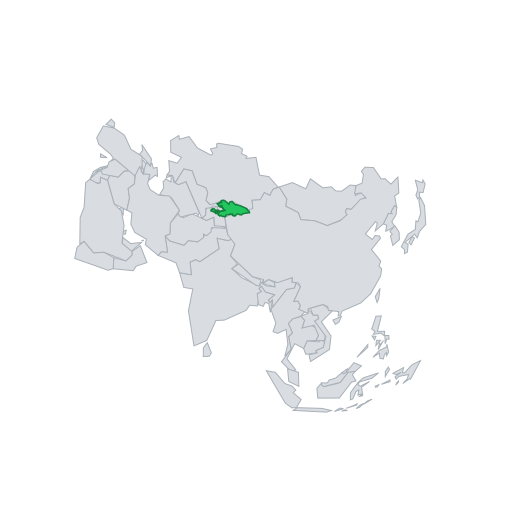 Kyrgyzstan on a map of Asia (orthographic projection), rotated 21°
{"feature_id": "KGZ", "entity_name": "Kyrgyzstan", "entity_type": "country or territory", "adm_level": 0, "iso_a3": "KGZ", "parent_name": "Asia", "parent_adm1": "", "projection": "orthographic", "projection_center": [73.132, 41.224], "detail": "fine", "context": "in_parent", "style": "filled", "palette": "green", "viewbox_px": 512, "rotation_deg": 21, "n_neighbors": 45, "source": "natural_earth", "source_scale": "50m", "svg_char_len": 16855}
<svg xmlns="http://www.w3.org/2000/svg" viewBox="0 0 512 512"><g transform="rotate(21 256 256)"><path d="M251.9,183.8L247.9,187.8L247.2,194.5L241.1,193.8L239.9,201.9L232.4,205.4L236.0,212.8L234.3,216.7L214.4,213.4L212.1,217.0L204.6,216.0L195.7,224.8L189.4,222.1L188.1,213.9L184.5,210.3L175.2,210.2L165.8,199.4L157.5,200.6L154.3,216.7L149.3,211.0L143.9,212.1L144.9,207.8L140.4,198.2L149.2,197.5L151.0,190.6L139.2,189.6L134.9,178.9L140.8,171.2L142.6,174.5L150.7,168.5L162.5,176.1L177.9,178.0L179.0,176.0L175.1,172.4L180.5,168.7L179.1,165.5L180.5,164.2L200.6,160.0L205.2,161.1L205.8,165.6L211.9,166.1L211.7,168.5L220.6,163.9L230.3,179.2L239.5,177.3L251.9,183.8Z" fill="#d9dde1" stroke="#a8b0b8" stroke-width="1"/><path d="M154.3,216.7L157.5,200.6L165.8,199.4L175.2,210.2L184.5,210.3L188.1,213.9L189.4,222.1L194.5,224.7L203.8,217.9L201.9,221.2L210.7,224.3L206.3,227.4L202.3,227.0L202.6,223.7L198.1,224.6L195.1,229.8L192.3,229.4L194.3,235.9L192.1,240.3L164.0,211.9L158.0,217.3L154.3,216.7Z" fill="#d9dde1" stroke="#a8b0b8" stroke-width="1"/><path d="M447.1,294.7L444.4,315.6L443.4,315.4L438.8,322.4L441.3,316.2L440.8,312.0L432.7,317.1L431.0,320.7L429.1,319.0L433.0,312.7L429.7,316.4L425.9,316.5L433.8,307.2L434.5,312.6L436.5,311.9L440.8,301.3L447.1,294.7ZM409.2,355.0L407.0,360.0L404.2,362.5L406.2,358.5L409.2,355.0ZM432.7,326.5L432.8,324.3L433.9,321.1L434.1,323.0L432.7,326.5ZM390.1,328.0L388.5,332.3L394.1,336.8L390.4,339.6L384.6,358.8L364.6,366.5L360.3,357.7L362.7,351.0L365.9,353.7L377.2,346.1L379.9,343.8L383.6,331.5L390.1,328.0ZM419.0,330.9L425.5,323.7L426.2,325.3L419.0,330.9ZM416.3,334.6L414.5,335.7L414.0,334.7L416.7,332.2L416.3,334.6ZM419.3,312.3L421.3,314.0L419.9,322.2L418.1,317.5L419.3,312.3ZM399.8,331.3L412.3,321.2L408.0,328.7L397.7,336.5L397.3,339.3L399.9,340.3L407.0,332.4L401.6,340.7L405.7,348.1L403.0,350.0L404.7,346.3L401.0,349.4L399.9,344.2L397.9,346.7L397.6,354.7L395.6,356.5L393.2,349.5L396.6,337.5L399.8,331.3ZM396.7,367.5L391.5,370.1L394.4,367.6L396.7,367.5ZM394.7,365.9L401.1,360.3L403.8,357.2L403.1,359.3L394.7,365.9ZM388.9,367.9L392.4,367.2L384.8,373.1L388.9,367.9ZM348.9,382.8L372.0,374.7L381.7,373.2L377.8,376.5L346.1,386.8L348.9,382.8ZM339.7,370.3L349.6,373.8L348.0,383.1L343.9,384.9L336.1,382.9L306.7,359.4L315.7,357.7L328.7,364.7L336.0,364.5L341.2,366.9L339.7,370.3Z" fill="#d9dde1" stroke="#a8b0b8" stroke-width="1"/><path d="M409.2,356.3L412.0,351.4L415.7,348.0L409.2,356.3Z" fill="#d9dde1" stroke="#a8b0b8" stroke-width="1"/><path d="M81.6,229.2L77.0,233.6L73.5,243.2L74.0,235.2L79.2,228.9L81.6,229.2Z" fill="#d9dde1" stroke="#a8b0b8" stroke-width="1"/><path d="M85.3,226.6L79.3,228.9L85.4,224.7L85.3,226.6Z" fill="#d9dde1" stroke="#a8b0b8" stroke-width="1"/><path d="M79.5,232.4L76.1,235.7L78.6,231.3L79.5,232.4Z" fill="#d9dde1" stroke="#a8b0b8" stroke-width="1"/><path d="M79.5,232.4L90.7,233.0L90.3,238.6L82.6,238.2L84.4,243.7L76.6,246.2L73.5,243.2L79.5,232.4Z" fill="#d9dde1" stroke="#a8b0b8" stroke-width="1"/><path d="M125.4,286.5L134.6,289.3L144.2,284.4L137.6,296.9L126.2,292.1L125.4,286.5Z" fill="#d9dde1" stroke="#a8b0b8" stroke-width="1"/><path d="M122.9,283.6L123.2,280.5L125.6,278.4L126.2,282.4L122.9,283.6Z" fill="#d9dde1" stroke="#a8b0b8" stroke-width="1"/><path d="M114.7,257.6L117.2,265.1L111.2,260.8L114.7,257.6Z" fill="#d9dde1" stroke="#a8b0b8" stroke-width="1"/><path d="M90.3,238.6L90.7,233.0L99.0,231.7L102.5,223.9L108.4,221.4L114.3,224.6L116.6,232.4L112.5,238.9L117.2,247.4L119.0,259.5L104.9,258.2L90.3,238.6Z" fill="#d9dde1" stroke="#a8b0b8" stroke-width="1"/><path d="M138.5,296.2L144.3,287.8L156.5,301.2L147.7,308.5L146.7,313.7L127.2,319.1L123.9,308.5L136.3,307.2L139.9,299.5L138.5,296.2ZM145.4,282.0L143.6,282.8L145.0,281.6L145.4,282.0Z" fill="#d9dde1" stroke="#a8b0b8" stroke-width="1"/><path d="M333.6,325.3L334.1,316.9L345.5,313.7L346.8,310.3L351.4,312.5L351.6,317.3L345.9,322.9L347.8,324.5L337.7,329.9L333.6,325.3Z" fill="#d9dde1" stroke="#a8b0b8" stroke-width="1"/><path d="M342.3,313.4L334.1,316.9L333.6,325.3L323.5,324.0L321.7,340.9L334.0,348.1L330.2,351.4L317.7,345.6L322.2,330.5L315.3,319.7L317.5,314.7L310.3,307.4L312.9,301.3L319.4,296.2L324.4,298.5L324.9,306.6L332.3,300.6L338.5,301.9L342.9,307.9L342.3,313.4Z" fill="#d9dde1" stroke="#a8b0b8" stroke-width="1"/><path d="M350.2,310.4L342.3,313.4L342.9,307.9L335.1,299.8L324.9,306.6L324.4,298.5L319.4,296.2L325.1,290.9L323.6,286.5L330.5,290.7L334.9,289.0L337.0,292.0L334.2,295.8L348.8,303.9L350.2,310.4Z" fill="#d9dde1" stroke="#a8b0b8" stroke-width="1"/><path d="M319.4,296.2L312.9,301.3L310.3,307.4L317.5,314.7L315.3,319.7L322.2,330.5L318.8,339.2L317.4,327.1L310.4,313.7L303.9,320.5L299.0,320.5L298.6,311.6L288.9,300.2L296.4,276.3L303.3,272.1L303.0,266.9L308.6,268.6L307.6,284.9L311.3,283.0L315.4,286.6L315.0,290.3L322.2,289.0L319.4,296.2Z" fill="#d9dde1" stroke="#a8b0b8" stroke-width="1"/><path d="M340.9,329.2L347.8,324.5L345.9,322.9L351.6,317.3L350.2,306.2L334.2,295.8L337.0,292.0L334.9,289.0L330.5,290.7L325.4,285.2L335.8,277.3L346.8,280.4L340.6,294.0L354.7,303.8L358.1,317.0L344.7,335.0L340.9,329.2Z" fill="#d9dde1" stroke="#a8b0b8" stroke-width="1"/><path d="M369.9,160.0L372.0,167.1L370.5,175.2L375.0,179.0L368.3,186.4L366.9,180.4L363.3,180.4L363.6,176.6L364.3,168.8L367.7,167.7L366.1,166.1L367.3,159.1L369.9,160.0Z" fill="#d9dde1" stroke="#a8b0b8" stroke-width="1"/><path d="M372.2,185.1L374.7,177.9L381.0,182.4L384.0,189.4L379.9,197.1L374.3,189.0L375.5,187.0L372.2,185.1Z" fill="#d9dde1" stroke="#a8b0b8" stroke-width="1"/><path d="M252.9,183.3L263.7,174.4L278.4,175.4L279.1,164.5L294.1,168.4L301.6,164.4L307.2,166.7L312.7,164.8L318.5,156.0L324.2,154.4L327.1,163.9L331.4,159.4L337.4,160.9L328.1,178.4L323.7,179.3L323.6,182.6L326.2,184.8L324.2,190.2L311.6,202.1L298.2,202.1L284.8,206.0L279.9,200.3L265.8,198.9L264.4,192.0L252.9,183.3Z" fill="#d9dde1" stroke="#a8b0b8" stroke-width="1"/><path d="M303.0,266.9L303.3,272.1L296.4,276.3L290.0,297.6L287.1,291.4L285.8,294.5L283.3,292.8L287.2,285.6L277.6,286.3L271.7,282.3L270.7,285.5L273.8,287.2L270.8,290.9L273.4,291.6L275.3,302.1L267.7,304.3L266.3,310.2L249.4,327.2L241.7,330.6L240.3,352.5L230.3,362.1L212.6,331.5L208.8,309.4L199.8,311.2L190.7,299.0L202.4,296.6L196.6,285.3L201.0,281.0L205.6,281.4L218.9,262.3L213.2,253.4L224.6,251.6L228.0,247.7L232.1,252.6L232.2,265.0L241.5,270.1L238.0,276.5L250.9,281.5L269.8,282.8L271.5,275.2L272.4,279.4L276.1,280.3L284.7,278.0L282.8,274.3L297.7,263.1L299.0,267.4L303.0,266.9Z" fill="#d9dde1" stroke="#a8b0b8" stroke-width="1"/><path d="M287.1,291.4L289.6,303.5L284.8,295.7L281.1,296.2L280.7,300.5L275.7,300.5L270.8,290.9L273.8,287.2L270.7,285.5L271.7,282.3L277.6,286.3L287.2,285.6L283.3,292.8L285.8,294.5L287.1,291.4Z" fill="#d9dde1" stroke="#a8b0b8" stroke-width="1"/><path d="M282.8,274.3L284.7,278.0L272.4,279.4L276.2,273.4L282.8,274.3Z" fill="#d9dde1" stroke="#a8b0b8" stroke-width="1"/><path d="M269.3,276.5L269.8,282.8L266.6,283.4L238.0,276.5L243.0,269.0L260.3,276.6L269.3,276.5Z" fill="#d9dde1" stroke="#a8b0b8" stroke-width="1"/><path d="M228.0,247.7L224.6,251.6L213.2,253.4L218.9,262.3L205.6,281.4L201.0,281.0L196.6,285.3L202.4,296.6L190.7,299.0L183.8,291.1L164.3,290.5L166.2,285.8L172.1,284.2L163.9,269.8L170.1,272.8L184.8,271.8L187.4,265.8L196.5,263.7L206.3,243.6L218.1,240.8L222.0,246.2L228.0,247.7Z" fill="#d9dde1" stroke="#a8b0b8" stroke-width="1"/><path d="M181.2,239.5L197.0,240.5L202.8,234.8L206.3,242.6L211.4,239.3L218.1,240.8L204.2,245.5L205.4,249.6L202.6,254.7L199.1,254.5L200.5,257.4L196.5,263.7L187.4,265.8L184.8,271.8L170.1,272.8L163.9,269.8L167.7,266.3L164.2,255.9L168.1,244.5L174.3,246.4L181.2,239.5Z" fill="#d9dde1" stroke="#a8b0b8" stroke-width="1"/><path d="M192.1,240.3L194.3,235.9L192.3,229.4L202.6,223.7L203.7,227.0L198.3,230.0L212.8,230.7L217.5,239.5L206.3,242.6L202.8,234.8L197.0,240.5L192.1,240.3Z" fill="#d9dde1" stroke="#a8b0b8" stroke-width="1"/><path d="M143.9,212.1L149.3,211.0L152.7,216.5L158.0,217.3L164.0,211.9L187.8,236.3L187.6,239.0L184.9,237.4L171.5,246.7L168.1,244.5L168.2,240.8L156.2,231.9L144.0,233.1L145.5,225.5L142.7,219.9L144.2,216.4L150.1,217.4L148.0,211.6L144.2,215.2L143.9,212.1Z" fill="#d9dde1" stroke="#a8b0b8" stroke-width="1"/><path d="M119.0,259.5L117.2,247.4L112.5,238.9L116.6,232.4L113.7,220.6L115.3,214.4L120.6,219.4L127.6,217.8L128.9,227.4L133.5,232.0L143.5,234.1L153.9,231.0L168.2,240.8L164.2,255.9L167.7,266.3L163.9,269.8L172.1,284.2L166.2,285.8L164.3,290.5L148.6,285.1L147.6,279.6L134.4,277.5L127.8,271.2L124.6,260.1L119.0,259.5Z" fill="#d9dde1" stroke="#a8b0b8" stroke-width="1"/><path d="M80.5,231.4L85.3,226.6L85.1,220.6L89.7,216.0L106.9,221.6L102.5,223.9L99.0,231.7L83.2,234.6L80.5,231.4Z" fill="#d9dde1" stroke="#a8b0b8" stroke-width="1"/><path d="M121.7,219.7L115.1,210.4L116.1,206.8L121.5,210.1L121.7,219.7Z" fill="#d9dde1" stroke="#a8b0b8" stroke-width="1"/><path d="M114.3,224.6L89.7,216.0L86.4,219.3L87.8,215.9L83.9,213.2L69.2,208.1L64.9,202.7L66.9,189.3L77.8,187.4L90.0,190.4L100.9,201.2L114.0,203.7L117.7,213.9L115.3,214.4L114.3,224.6ZM71.8,180.1L76.5,182.4L77.4,186.7L68.8,186.9L71.8,180.1Z" fill="#d9dde1" stroke="#a8b0b8" stroke-width="1"/><path d="M249.0,362.4L248.4,366.3L242.8,368.7L239.8,360.7L241.6,354.4L249.0,362.4Z" fill="#d9dde1" stroke="#a8b0b8" stroke-width="1"/><path d="M354.6,291.4L350.7,288.2L357.4,281.8L357.1,288.1L354.6,291.4ZM212.8,230.7L236.0,212.8L232.4,205.4L239.9,201.9L241.1,193.8L247.2,194.5L247.9,187.8L252.9,183.3L264.4,192.0L265.8,198.9L279.9,200.3L284.8,206.0L298.2,202.1L311.6,202.1L321.8,193.1L326.2,184.8L323.6,182.6L323.7,179.3L328.1,178.4L333.2,165.6L338.0,162.4L331.4,159.4L325.7,162.7L324.2,154.4L328.9,150.0L327.1,141.4L324.0,139.2L325.9,134.1L333.9,131.3L345.2,139.2L348.9,137.6L356.1,140.6L360.2,131.5L366.8,146.0L363.9,150.3L369.9,160.0L367.3,159.1L366.1,166.1L367.7,167.7L364.3,168.8L363.3,180.4L358.3,189.9L357.6,182.1L355.3,181.0L350.2,196.3L358.6,198.9L359.9,194.2L364.3,193.1L365.8,194.9L361.5,208.6L374.3,216.1L374.4,221.3L377.9,223.0L379.5,230.0L376.6,250.1L370.7,262.2L356.1,276.6L356.0,281.4L354.2,282.5L353.0,278.2L343.1,280.9L341.1,277.5L335.8,277.3L323.6,286.5L325.1,290.9L315.0,290.3L315.4,286.6L311.3,283.0L307.6,284.9L308.6,268.6L305.1,266.0L299.0,267.4L297.7,263.1L285.7,273.1L276.2,273.4L272.2,278.5L271.5,275.2L260.3,276.6L232.2,265.0L232.1,252.6L222.0,246.2L212.8,230.7Z" fill="#d9dde1" stroke="#a8b0b8" stroke-width="1"/><path d="M383.4,241.7L385.9,252.0L385.7,256.0L381.9,251.2L383.4,241.7Z" fill="#d9dde1" stroke="#a8b0b8" stroke-width="1"/><path d="M125.4,206.5L128.7,210.8L131.9,208.7L135.6,217.0L133.0,216.6L128.7,224.0L127.6,217.8L121.7,219.7L120.4,214.0L120.4,207.6L124.7,209.9L125.4,206.5ZM120.6,219.4L118.6,218.2L117.7,213.9L120.3,215.9L120.6,219.4Z" fill="#d9dde1" stroke="#a8b0b8" stroke-width="1"/><path d="M109.5,192.9L123.6,202.8L125.2,209.6L110.9,202.6L112.3,197.9L109.5,192.9Z" fill="#d9dde1" stroke="#a8b0b8" stroke-width="1"/><path d="M396.7,291.8L393.0,289.1L396.8,288.0L396.7,291.8ZM403.6,299.6L402.4,293.0L403.9,294.4L405.3,289.2L403.6,299.6ZM409.9,291.5L414.2,298.1L413.7,302.2L412.3,299.4L411.3,302.3L411.8,306.5L408.4,307.1L406.0,302.5L401.4,308.6L405.2,299.7L410.5,294.2L409.9,291.5ZM393.1,301.2L386.5,314.4L392.1,298.6L393.1,301.2ZM394.4,267.0L396.4,282.9L403.1,280.1L404.4,284.5L400.4,283.2L393.6,287.0L394.1,283.8L390.2,282.7L389.6,269.3L394.4,267.0ZM400.0,296.7L398.7,291.6L402.4,290.1L400.0,296.7ZM408.5,282.6L410.0,286.0L407.8,286.8L408.0,291.6L404.9,284.0L408.5,282.6Z" fill="#d9dde1" stroke="#a8b0b8" stroke-width="1"/><path d="M325.9,350.0L337.3,349.4L342.7,362.3L331.6,361.4L325.9,350.0ZM390.1,328.0L383.6,331.5L379.9,343.8L365.9,353.7L363.4,353.0L362.7,351.0L368.1,348.9L368.7,345.6L374.3,341.2L378.1,333.9L381.9,332.4L385.6,320.5L393.8,320.8L390.1,328.0Z" fill="#d9dde1" stroke="#a8b0b8" stroke-width="1"/><path d="M382.0,328.3L381.9,332.4L379.7,334.9L378.1,333.9L382.0,328.3Z" fill="#d9dde1" stroke="#a8b0b8" stroke-width="1"/><path d="M395.3,148.6L403.2,165.7L399.9,174.2L400.0,181.3L396.3,178.8L390.3,189.9L393.8,190.5L396.0,198.1L393.7,200.6L392.4,196.8L388.3,195.3L390.1,181.0L395.2,174.2L392.7,165.8L394.9,166.1L394.5,157.1L387.9,145.3L388.8,142.6L395.3,148.6ZM385.1,127.9L384.6,125.2L388.1,128.1L389.2,136.9L385.5,137.9L387.8,142.5L386.4,144.8L383.5,141.9L383.2,136.1L377.6,128.2L385.1,127.9ZM393.9,188.6L394.8,182.1L397.5,182.3L396.7,190.0L393.9,188.6Z" fill="#d9dde1" stroke="#a8b0b8" stroke-width="1"/><path d="M123.9,308.5L127.2,319.1L123.0,322.3L87.7,323.3L85.8,312.1L90.2,303.9L103.4,311.2L112.5,307.0L123.9,308.5Z" fill="#d9dde1" stroke="#a8b0b8" stroke-width="1"/><path d="M73.4,243.8L82.2,245.1L84.4,243.7L82.6,238.2L90.3,238.6L104.9,258.2L114.2,262.2L121.9,274.8L126.2,292.1L138.5,296.2L139.9,299.5L136.3,307.2L112.5,307.0L103.4,311.2L90.2,303.9L87.2,307.9L78.0,282.9L78.1,272.3L70.7,248.5L73.4,243.8Z" fill="#d9dde1" stroke="#a8b0b8" stroke-width="1"/><path d="M81.7,217.6L75.4,219.6L74.3,216.3L81.7,217.6Z" fill="#d9dde1" stroke="#a8b0b8" stroke-width="1"/><path d="M203.5,227.0L203.6,226.9L204.0,226.8L204.7,226.8L205.0,226.8L205.2,227.0L205.4,227.1L205.6,227.1L205.8,227.1L205.9,227.3L206.0,227.4L206.3,227.3L206.5,227.1L206.9,226.9L207.0,226.8L207.1,226.6L207.5,226.2L207.9,226.1L208.3,226.3L208.4,226.2L208.5,226.1L208.3,225.8L208.3,225.7L209.0,225.8L209.4,225.6L209.6,225.4L209.7,225.2L210.9,224.6L210.9,224.4L210.4,224.3L210.2,224.4L209.9,224.3L209.3,224.2L209.2,224.2L208.8,223.7L208.5,223.6L208.3,223.5L208.1,223.5L207.8,223.6L207.7,223.5L207.7,223.4L207.7,223.1L207.7,222.9L207.3,222.9L207.0,222.8L206.7,222.8L206.7,222.3L206.6,222.0L206.4,221.8L206.3,221.7L206.1,221.6L206.1,221.3L206.0,221.2L205.9,221.3L205.9,221.7L205.8,222.0L205.7,222.1L205.6,222.3L205.2,222.1L205.1,223.0L204.8,222.9L204.5,223.0L204.1,222.9L203.9,222.8L203.6,222.7L203.3,222.6L203.1,222.4L202.9,221.8L202.8,221.6L202.6,221.5L202.0,221.7L201.8,221.5L201.4,221.3L201.1,221.2L202.0,220.3L202.4,219.8L202.6,219.7L202.9,219.5L203.2,219.5L203.3,219.0L203.6,219.0L204.0,218.8L204.6,218.4L204.6,218.2L204.3,218.0L204.0,217.9L203.8,217.9L203.7,218.0L203.5,217.8L203.5,217.6L203.8,217.3L203.9,217.1L204.0,216.8L204.2,216.5L204.5,216.2L204.8,215.9L205.3,215.7L205.6,215.8L205.9,215.7L206.4,215.5L206.6,215.5L207.7,215.8L208.1,215.8L209.0,216.2L209.4,216.3L209.7,216.4L209.8,216.5L210.0,216.7L211.1,216.9L211.4,217.0L211.5,217.1L211.8,217.3L212.1,217.4L211.9,216.6L212.0,216.1L212.3,214.8L212.5,214.5L212.8,214.4L213.4,214.2L213.6,213.9L214.0,213.9L214.3,213.8L214.4,213.7L214.9,213.9L215.8,214.5L216.4,214.8L217.2,215.1L218.2,215.4L219.1,215.5L219.2,215.4L219.6,214.9L220.0,214.9L221.0,214.9L221.9,214.9L222.4,214.9L223.3,214.6L223.5,214.6L224.3,214.8L224.7,214.9L225.0,214.8L225.6,214.8L226.1,214.8L226.9,215.0L227.7,214.9L228.0,214.8L228.5,214.8L228.9,215.0L229.4,215.1L229.7,215.1L229.9,215.2L230.3,215.2L230.5,215.1L230.8,215.6L231.1,215.8L231.3,216.0L231.6,216.3L231.8,216.4L232.1,216.4L232.8,216.4L233.2,216.5L233.7,217.0L234.2,217.4L234.3,217.7L234.4,218.0L233.3,218.3L233.1,218.4L232.9,218.8L232.0,219.2L231.5,219.5L231.3,219.5L230.9,219.8L229.6,220.6L229.0,221.1L228.6,221.3L228.4,221.5L228.3,221.9L227.7,222.9L227.1,223.0L226.6,223.0L226.3,223.2L225.9,223.3L224.9,223.3L224.5,223.3L223.9,223.2L223.6,223.3L223.3,223.5L223.0,224.2L222.8,224.4L222.7,224.6L222.7,224.9L222.6,225.3L222.4,225.6L222.3,225.9L222.0,226.2L221.7,226.4L221.5,226.0L221.3,226.1L221.2,226.3L220.9,226.2L220.7,226.3L220.2,226.6L219.6,226.6L219.3,225.7L219.2,225.3L219.1,225.2L218.1,225.9L217.6,226.0L217.3,226.1L216.8,225.9L216.7,225.9L216.6,226.0L216.7,226.5L216.2,226.7L216.0,226.9L215.3,227.5L214.7,227.7L214.2,227.8L213.9,227.8L213.7,228.2L213.5,228.7L213.4,228.9L213.3,229.0L213.5,229.4L213.6,229.9L213.6,230.0L213.3,230.4L212.9,230.5L212.6,230.6L212.4,230.5L212.1,230.5L211.8,230.6L211.6,230.7L211.3,230.9L210.8,231.0L210.3,231.0L210.0,231.0L209.2,230.9L208.7,231.0L208.3,231.1L208.0,231.3L207.9,231.6L207.5,231.4L207.3,231.2L207.2,231.0L206.3,231.3L206.1,231.2L206.1,230.9L206.1,230.7L205.9,230.5L205.5,230.5L205.3,230.4L205.3,230.2L205.3,229.9L205.2,229.8L204.7,230.0L204.3,230.2L204.0,230.2L203.8,230.3L203.6,230.7L202.9,230.7L202.7,230.6L202.5,230.4L202.3,229.9L202.1,229.9L201.9,229.8L201.5,229.8L201.0,230.0L200.9,229.9L200.6,229.9L200.0,229.9L199.4,229.9L199.0,229.8L198.8,229.8L198.3,229.9L198.1,229.9L197.8,230.0L197.7,229.3L197.6,228.9L197.6,228.6L197.8,228.2L198.1,228.1L198.3,228.3L198.4,228.2L198.5,228.1L198.4,227.9L198.5,227.6L198.7,227.4L199.5,227.2L200.2,227.0L200.5,227.2L201.2,227.5L201.5,227.7L201.8,227.8L202.0,228.2L202.3,228.1L202.4,227.6L202.8,227.4L203.5,227.2L203.5,227.0ZM204.3,228.5L204.3,228.1L204.4,227.8L204.1,227.8L203.9,227.7L203.7,227.4L203.5,227.6L203.6,227.9L203.7,228.0L203.8,228.1L203.7,228.5L203.9,228.6L204.2,228.6L204.3,228.5ZM202.6,228.8L202.6,228.7L202.2,228.6L201.9,228.5L202.0,228.8L202.3,229.0L202.6,228.8ZM206.3,228.3L206.3,228.1L206.2,228.2L205.9,228.3L206.0,228.5L206.3,228.3Z" fill="#22c55e" stroke="#15803d" stroke-width="1.5"/></g></svg>